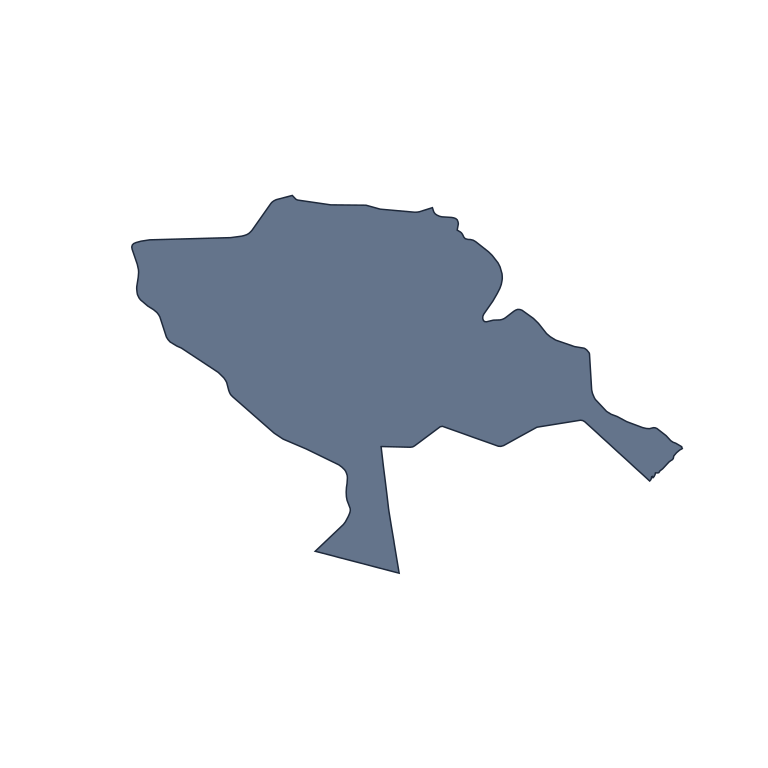 an SVG outline of Al Jawf, rotated 212°
{"feature_id": "SAU-862", "entity_name": "Al Jawf", "entity_type": "Region", "adm_level": 1, "iso_a3": "SAU", "parent_name": "Saudi Arabia", "parent_adm1": "", "projection": "natural_earth1", "projection_center": [37.819, 29.945], "detail": "fine", "context": "isolated", "style": "filled", "palette": "slate", "viewbox_px": 768, "rotation_deg": 212, "n_neighbors": 0, "source": "natural_earth", "source_scale": "10m", "svg_char_len": 3151}
<svg xmlns="http://www.w3.org/2000/svg" viewBox="0 0 768 768"><g transform="rotate(212 384 384)"><path d="M193.9,458.4L196.1,458.3L198.2,457.4L207.0,449.7L215.6,442.2L225.1,433.9L231.4,428.4L236.6,419.1L241.7,410.0L245.4,403.3L249.9,395.2L251.9,393.0L254.1,391.8L261.1,390.3L268.3,388.7L280.0,386.1L291.6,383.6L302.4,381.2L312.0,379.1L313.7,377.5L317.3,368.2L320.0,361.3L322.9,353.8L325.3,347.7L326.3,345.9L328.2,344.3L337.0,339.1L346.8,333.3L352.7,329.8L353.2,329.5L353.3,329.4L349.3,324.4L340.5,313.4L331.6,302.5L322.7,291.5L313.9,280.5L313.6,280.2L313.4,279.9L313.1,279.6L312.9,279.3L302.4,267.3L292.0,255.6L291.9,255.4L281.4,243.5L270.9,231.6L274.0,230.6L290.9,225.3L310.9,219.1L330.9,212.8L335.6,211.4L350.8,206.6L353.7,205.7L344.0,243.3L343.7,246.6L344.1,252.7L344.5,255.3L344.6,255.9L344.9,257.2L345.5,258.8L346.7,260.5L353.7,265.8L356.1,268.4L358.8,272.3L361.1,276.5L362.6,280.0L365.3,285.0L366.7,286.9L368.5,288.4L370.2,289.6L372.0,290.4L375.7,291.2L379.5,291.5L415.5,287.7L440.4,283.8L451.1,284.1L505.7,293.0L508.4,293.7L510.3,294.8L512.3,296.3L518.2,301.9L520.3,303.1L523.0,304.3L530.7,306.0L574.9,307.1L579.7,306.4L587.6,306.3L590.7,307.2L593.4,308.5L609.6,322.1L611.8,323.3L614.5,324.3L618.9,324.9L625.5,324.9L635.0,326.3L637.4,327.2L640.5,329.2L642.1,331.0L644.2,333.7L645.2,335.4L649.0,344.3L651.3,348.7L652.8,350.8L656.7,354.8L669.0,364.8L670.5,366.5L671.1,368.5L670.7,370.4L669.3,372.5L665.7,376.4L659.1,382.1L591.7,426.8L583.0,434.0L581.1,436.0L579.5,438.0L578.4,440.1L577.8,442.2L577.4,444.3L575.6,477.1L575.5,477.8L575.2,479.2L574.4,481.1L573.1,483.2L561.7,495.3L556.6,494.0L554.8,494.2L524.1,507.7L494.0,526.1L479.8,530.3L449.1,545.9L447.1,547.2L445.3,548.8L436.4,559.2L433.2,556.5L432.1,555.9L430.6,555.4L428.6,555.3L425.7,555.7L423.4,556.5L414.9,561.1L412.8,561.9L410.8,562.3L408.9,562.0L407.1,560.7L405.8,559.2L403.5,553.3L399.9,553.4L398.4,553.2L396.7,552.5L394.0,550.8L392.1,550.3L389.4,551.1L387.3,552.3L384.6,553.2L381.7,553.3L365.4,551.5L360.4,550.4L351.4,547.1L347.6,544.8L342.3,540.0L340.8,538.0L339.5,536.0L338.6,534.0L337.3,530.6L336.4,526.4L335.9,520.7L335.6,512.1L336.4,496.2L336.1,493.9L335.1,492.0L333.6,490.7L331.9,490.2L330.1,491.0L325.1,496.1L319.6,499.8L318.0,501.4L316.7,503.3L315.8,505.4L312.5,514.4L311.5,516.4L310.2,518.1L308.2,519.2L306.0,519.7L292.0,518.8L285.2,517.3L272.9,512.9L268.2,512.2L261.8,512.2L242.2,516.7L233.3,520.4L232.0,520.5L230.0,520.3L226.7,519.2L226.1,518.8L225.6,518.3L204.8,489.1L202.2,486.5L198.5,483.9L196.6,482.9L180.7,478.7L175.4,478.7L169.0,480.0L158.2,480.7L141.5,484.1L138.0,485.3L135.2,486.8L132.4,489.7L131.0,490.5L129.0,490.9L117.4,489.7L110.8,487.9L108.0,487.8L105.2,488.4L98.4,488.6L98.3,488.1L96.9,487.6L96.9,487.0L98.2,484.8L99.5,480.7L100.1,476.6L99.2,474.1L99.3,472.7L100.2,470.9L101.0,468.8L102.7,459.9L103.1,458.7L104.0,456.4L103.9,455.8L104.0,454.4L104.8,453.6L106.7,452.5L106.1,450.8L105.9,448.6L106.2,447.2L107.2,447.8L107.3,447.4L107.3,447.2L107.8,447.1L107.2,445.6L107.0,444.0L107.3,442.5L116.3,444.2L125.9,445.9L138.6,448.3L149.8,450.3L161.9,452.6L171.5,454.3L176.1,455.2L185.4,456.9L193.9,458.4Z" fill="#64748b" stroke="#1e293b" stroke-width="1.5"/></g></svg>